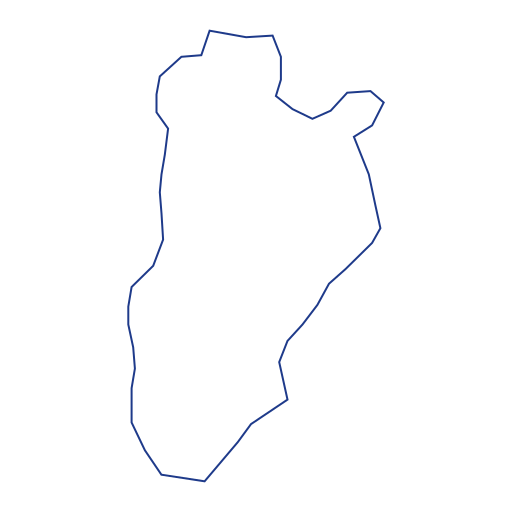 Kouklia Ammochostou, Cyprus
{"feature_id": "46923920B61611069046028", "entity_name": "Kouklia Ammochostou", "entity_type": "district", "adm_level": 2, "iso_a3": "CYP", "parent_name": "Cyprus", "parent_adm1": "", "projection": "robinson", "projection_center": [33.759, 35.113], "detail": "fine", "context": "isolated", "style": "outline", "palette": "blue", "viewbox_px": 512, "rotation_deg": 0, "n_neighbors": 0, "source": "geoboundaries", "source_scale": "gbopen_adm2", "svg_char_len": 714}
<svg xmlns="http://www.w3.org/2000/svg" viewBox="0 0 512 512"><path d="M209.6,30.7L201.3,55.2L181.4,56.8L159.8,76.4L156.5,94.4L156.5,112.3L168.1,128.6L164.8,154.8L161.5,174.3L159.8,192.3L161.5,213.5L163.1,239.6L153.2,265.8L131.6,287.0L128.3,306.6L128.3,324.5L133.2,347.4L134.9,368.6L131.6,388.2L131.6,422.5L144.9,450.3L161.4,474.7L204.6,481.3L237.8,442.1L251.0,424.1L287.5,399.6L279.2,362.1L287.5,340.9L302.5,324.5L317.4,304.9L329.0,283.7L345.6,269.0L372.1,242.9L380.4,228.2L375.4,205.4L368.8,174.3L353.9,136.8L372.1,125.4L383.7,102.5L370.5,91.1L347.2,92.7L330.7,110.7L312.4,118.8L292.5,109.1L275.9,96.0L280.9,79.7L280.9,56.8L272.6,35.6L246.1,37.2L209.6,30.7Z" fill="none" stroke="#1e3a8a" stroke-width="2"/></svg>